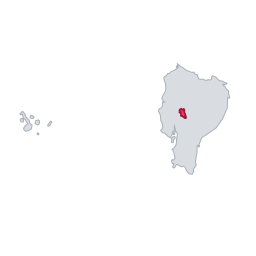 location of Guaranda, Bolivar, Ecuador, rotated 351°
{"feature_id": "8360857B44914689230683", "entity_name": "Guaranda", "entity_type": "district", "adm_level": 2, "iso_a3": "ECU", "parent_name": "Ecuador", "parent_adm1": "Bolivar", "projection": "equal_earth", "projection_center": [-79.091, -1.439], "detail": "fine", "context": "in_parent", "style": "filled", "palette": "rose", "viewbox_px": 256, "rotation_deg": 351, "n_neighbors": 0, "source": "geoboundaries", "source_scale": "gbopen_adm2", "svg_char_len": 5578}
<svg xmlns="http://www.w3.org/2000/svg" viewBox="0 0 256 256"><g transform="rotate(351 128 128)"><path d="M232.8,99.3L232.1,99.9L230.3,100.2L228.9,99.6L228.4,99.6L228.3,100.2L230.1,101.8L231.0,104.5L232.3,106.2L233.1,107.1L233.1,107.7L232.9,108.8L232.8,109.7L233.2,113.9L232.9,114.2L232.0,114.2L231.2,113.5L229.1,123.9L222.4,134.3L214.9,141.8L206.1,146.0L199.7,149.0L198.7,150.1L195.6,155.4L195.4,155.9L195.9,156.8L195.9,157.3L195.4,157.7L195.0,157.8L194.9,157.5L194.7,156.8L194.3,156.2L193.8,156.0L193.5,156.2L193.5,156.8L192.8,159.6L192.8,161.0L192.5,161.5L192.5,162.7L191.9,163.9L191.4,165.8L190.9,166.4L190.2,169.3L189.2,172.2L189.1,173.2L189.5,173.9L189.6,174.5L189.1,176.3L186.9,178.1L186.3,178.9L186.1,179.9L186.2,180.7L186.1,181.4L185.4,181.7L184.7,183.3L184.1,183.7L182.7,183.1L181.7,183.1L180.9,182.6L179.3,179.8L178.7,178.2L178.5,175.9L176.9,174.4L174.9,174.8L174.3,174.3L172.8,173.3L171.5,172.2L170.5,171.7L169.8,172.0L168.5,173.8L167.4,174.6L166.9,174.5L166.2,174.0L166.0,173.4L167.8,170.2L166.5,170.1L166.0,169.4L166.0,168.6L165.8,167.8L166.0,166.8L166.7,166.2L167.7,166.6L168.4,166.7L168.9,165.7L169.8,165.0L170.0,164.5L169.5,162.9L169.4,162.1L169.5,161.6L169.5,159.9L169.2,159.3L169.2,158.3L168.9,157.8L168.8,156.6L168.1,156.0L170.2,154.9L171.0,154.0L172.0,153.3L172.8,152.0L173.3,150.9L174.6,145.5L175.8,142.0L175.6,140.4L174.6,138.2L174.3,134.9L174.4,134.0L174.3,133.2L173.7,134.6L173.8,139.4L173.2,141.5L172.4,142.0L171.9,141.7L172.2,138.2L171.6,138.8L170.7,141.2L169.1,142.9L169.0,143.5L168.6,144.3L167.4,143.6L166.5,142.9L163.5,138.9L161.5,138.1L160.3,136.7L160.1,136.1L159.9,135.3L161.2,134.5L162.4,133.4L162.5,130.9L162.5,129.0L161.6,125.7L162.0,121.4L161.8,119.7L160.7,116.1L161.5,114.3L164.3,113.0L165.2,112.1L165.8,109.3L166.4,107.6L167.7,108.3L168.7,108.2L167.3,107.6L166.3,105.0L166.1,103.8L168.2,100.3L169.2,99.4L170.6,97.6L171.7,94.8L172.0,90.4L171.5,87.2L171.2,83.9L171.8,83.1L173.5,82.6L174.9,81.5L175.6,80.5L177.2,80.7L179.1,79.2L182.2,78.4L186.4,76.6L187.3,75.1L186.9,72.3L188.5,74.0L189.2,75.3L191.4,76.8L193.9,79.4L195.6,80.7L197.5,81.9L200.1,83.2L201.8,83.0L202.5,85.0L203.1,85.6L204.6,86.2L204.8,86.5L205.3,90.1L205.7,90.7L207.0,91.2L208.6,91.5L209.3,91.3L210.7,92.4L213.0,93.2L213.8,93.3L214.1,93.1L214.2,92.8L214.9,92.8L215.9,93.3L217.3,93.4L218.1,93.0L218.3,90.9L218.6,90.5L219.6,89.7L220.1,89.9L222.7,91.5L223.3,92.1L223.9,93.2L225.1,94.9L226.5,95.9L228.5,96.4L230.5,98.1L232.8,99.3ZM27.7,97.0L28.5,98.2L28.9,101.3L31.5,104.7L31.8,106.6L31.6,107.4L31.7,107.8L32.9,109.1L33.7,110.5L32.4,113.7L29.5,115.1L26.4,115.1L25.8,114.7L25.0,113.5L24.8,112.4L25.3,111.3L26.9,109.7L29.3,108.2L29.6,107.1L28.6,106.1L28.0,103.9L26.4,102.4L25.7,97.9L25.2,97.7L24.1,98.3L23.6,97.7L23.5,97.4L24.6,96.4L24.9,95.7L26.5,95.3L27.2,95.9L27.7,97.0ZM39.7,110.8L39.0,110.8L37.0,109.2L37.2,107.5L38.0,106.4L40.5,105.9L41.6,106.9L41.5,108.9L40.7,110.3L40.0,110.6L39.7,110.8ZM170.6,148.9L170.4,149.5L169.1,149.5L168.8,149.2L169.1,146.1L169.4,145.1L170.4,144.1L171.3,143.6L172.3,143.7L173.5,144.6L172.1,146.2L171.1,146.7L170.6,148.9ZM25.7,105.4L24.4,105.7L23.3,105.1L22.9,104.2L22.8,102.9L22.9,102.4L25.3,101.9L26.0,103.0L26.0,104.8L25.7,105.4ZM51.5,113.2L49.9,113.9L49.1,113.3L49.0,112.8L49.9,111.8L50.7,111.2L51.4,110.0L52.7,109.2L53.1,109.4L53.4,109.7L53.5,110.1L53.0,111.1L52.2,111.8L51.5,113.2ZM36.6,103.2L36.0,103.8L33.6,103.2L32.9,102.2L33.5,100.8L34.0,100.2L35.4,100.8L36.9,102.3L36.6,103.2ZM38.6,120.6L38.1,120.7L37.3,119.9L37.9,118.6L38.9,119.3L39.1,119.8L38.6,120.6ZM186.3,75.8L185.6,76.0L185.2,75.1L186.1,74.2L186.4,74.0L186.3,75.8Z" fill="#d9dde1" stroke="#a8b0b8" stroke-width="1"/><path d="M186.9,118.1L186.7,118.2L186.3,118.0L186.2,118.0L186.1,117.9L186.0,118.0L185.9,118.1L185.8,118.3L185.7,118.4L185.6,118.5L185.6,118.4L185.4,118.5L185.2,118.5L184.9,118.4L184.7,118.3L184.7,118.2L184.4,118.0L184.3,117.9L184.2,117.8L184.2,117.7L183.9,117.4L183.7,117.3L183.5,117.5L183.4,117.6L183.3,117.4L183.2,117.5L182.9,117.6L182.7,117.7L182.4,117.7L182.4,117.8L182.2,117.9L182.2,118.0L181.9,118.2L181.8,118.3L181.7,118.4L181.5,118.6L181.4,118.7L181.4,118.8L181.4,119.0L181.5,119.0L181.7,119.3L182.1,119.6L182.1,119.8L182.1,120.0L182.3,120.2L182.5,120.2L182.5,120.3L182.5,120.5L182.4,120.5L182.2,120.6L181.9,120.8L181.9,120.7L181.8,120.8L181.7,120.8L181.8,120.9L182.0,120.9L182.1,121.0L182.2,121.3L182.3,121.3L182.4,121.5L182.3,121.8L182.3,122.0L182.4,122.3L182.4,122.5L182.5,122.7L182.5,122.8L182.6,123.0L182.7,123.3L182.7,123.5L182.8,123.6L182.9,123.8L182.7,123.8L182.4,123.8L182.2,123.8L182.1,124.0L182.2,124.3L182.3,124.5L182.5,124.5L182.6,124.4L182.8,124.4L183.0,124.4L183.1,124.7L183.0,124.8L183.2,124.7L183.3,124.7L183.3,124.8L183.5,125.0L183.8,125.2L183.8,125.3L184.0,125.3L184.2,125.5L184.3,125.5L184.5,125.6L184.8,125.6L184.9,125.8L185.0,125.8L185.0,126.0L185.0,126.3L185.0,126.5L185.1,126.8L185.3,126.9L185.5,126.9L185.7,127.0L185.8,127.1L185.9,127.3L186.0,127.3L186.1,127.2L186.3,127.3L186.4,127.2L186.5,127.1L186.8,127.2L186.9,126.9L186.9,126.7L186.9,126.4L187.0,126.4L187.1,126.2L187.0,125.9L187.0,125.5L187.0,125.4L186.9,125.4L186.7,125.3L186.5,125.1L186.4,125.1L186.4,124.9L186.5,124.8L186.6,124.5L186.6,124.4L186.6,124.2L186.6,123.9L186.8,123.5L186.7,123.3L186.7,123.1L186.6,122.9L186.6,122.7L186.5,122.4L186.4,122.4L186.3,122.2L186.2,122.0L186.2,121.9L186.0,121.7L186.0,121.4L186.1,121.2L185.9,121.0L185.9,120.9L186.0,120.8L186.1,120.7L186.2,120.4L186.3,120.3L186.4,119.9L186.4,119.7L186.5,119.7L186.6,119.4L186.6,119.2L186.5,118.9L186.5,118.7L186.6,118.4L186.8,118.2L186.9,118.1Z" fill="#f43f5e" stroke="#9f1239" stroke-width="1.5"/></g></svg>